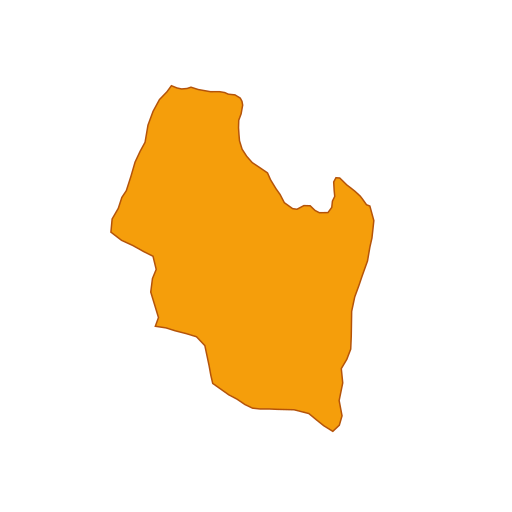 Galinoporni, Cyprus, rotated 327°
{"feature_id": "46923920B55142884438741", "entity_name": "Galinoporni", "entity_type": "district", "adm_level": 2, "iso_a3": "CYP", "parent_name": "Cyprus", "parent_adm1": "", "projection": "equal_earth", "projection_center": [34.316, 35.528], "detail": "fine", "context": "isolated", "style": "filled", "palette": "amber", "viewbox_px": 512, "rotation_deg": 327, "n_neighbors": 0, "source": "geoboundaries", "source_scale": "gbopen_adm2", "svg_char_len": 1491}
<svg xmlns="http://www.w3.org/2000/svg" viewBox="0 0 512 512"><g transform="rotate(327 256 256)"><path d="M133.3,260.1L141.4,267.3L147.3,274.5L155.4,283.3L162.1,291.3L164.3,303.3L156.9,322.5L153.2,331.3L150.3,339.3L157.6,357.7L162.1,365.7L165.8,374.5L170.2,381.7L176.1,386.5L183.5,391.3L190.2,396.1L204.2,405.7L214.5,416.9L217.5,426.5L220.4,435.3L224.9,444.9L233.7,443.3L241.1,436.9L247.0,422.5L259.6,409.7L266.2,396.9L275.9,392.1L284.7,385.7L292.1,375.3L306.1,354.5L316.5,344.1L326.1,336.9L334.2,330.5L346.8,320.9L356.4,310.5L363.0,304.1L368.9,296.9L374.1,290.5L378.7,276.1L376.6,273.2L376.3,266.0L376.0,262.4L374.2,255.5L373.0,251.9L370.8,245.7L369.6,240.1L368.7,236.2L365.7,233.9L361.5,236.2L357.2,243.7L354.5,248.9L350.0,251.6L346.0,256.5L340.0,258.8L332.7,254.2L330.3,249.9L328.8,243.4L323.6,239.8L315.8,239.1L312.5,236.2L308.8,226.7L309.7,217.5L309.4,210.6L309.7,200.1L310.9,192.6L308.2,186.1L303.7,175.6L302.5,167.4L302.5,158.9L304.9,150.4L307.9,144.8L311.2,138.9L315.5,132.7L320.9,128.7L327.0,122.2L328.5,118.6L328.8,115.0L326.1,109.4L320.9,105.2L318.8,101.9L314.9,98.3L307.3,93.4L298.2,84.9L293.4,79.0L289.5,78.0L284.6,75.4L281.3,72.1L277.8,67.1L270.7,69.8L260.3,72.2L248.5,78.6L236.7,87.4L224.9,100.2L216.0,105.0L205.7,111.4L194.6,121.0L182.8,130.6L175.4,133.8L166.5,141.0L155.5,146.6L147.3,157.0L151.8,169.7L158.4,180.1L164.3,191.3L169.5,200.1L165.0,212.9L156.9,218.5L148.1,228.9L144.4,241.7L140.7,254.5L133.3,260.1Z" fill="#f59e0b" stroke="#b45309" stroke-width="1.5"/></g></svg>